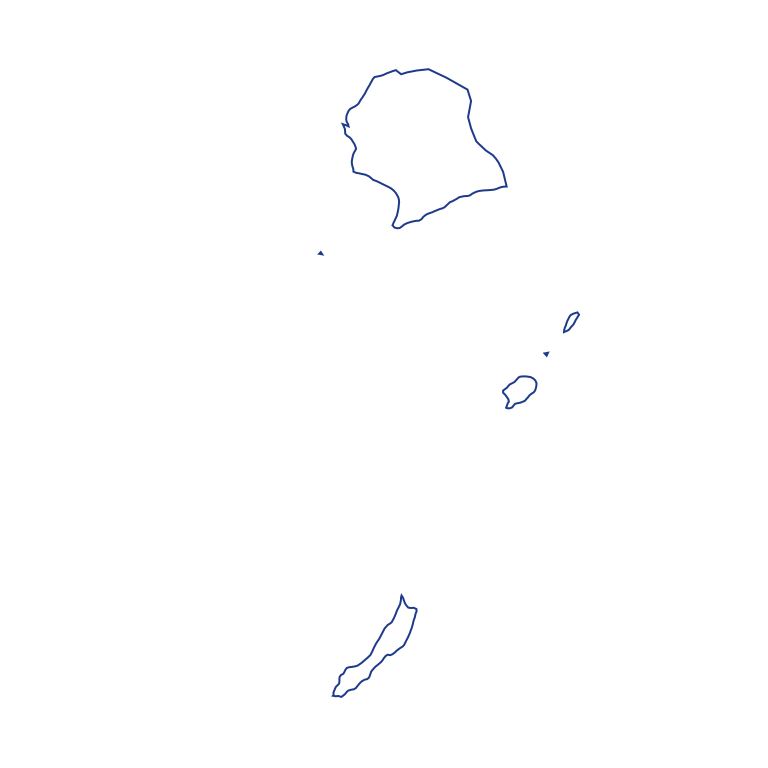 Qalansiyah wa Abd Al Kuri, Hadramawt, Yemen, rotated 295°
{"feature_id": "15242507B10596271459975", "entity_name": "Qalansiyah wa Abd Al Kuri", "entity_type": "district", "adm_level": 2, "iso_a3": "YEM", "parent_name": "Yemen", "parent_adm1": "Hadramawt", "projection": "equal_earth", "projection_center": [53.013, 12.411], "detail": "fine", "context": "isolated", "style": "outline", "palette": "blue", "viewbox_px": 768, "rotation_deg": 295, "n_neighbors": 0, "source": "geoboundaries", "source_scale": "gbopen_adm2", "svg_char_len": 4433}
<svg xmlns="http://www.w3.org/2000/svg" viewBox="0 0 768 768"><g transform="rotate(295 384 384)"><path d="M673.5,262.1L672.9,261.5L671.2,259.6L669.1,257.6L667.5,255.9L665.6,254.3L663.6,252.6L661.8,250.6L660.3,248.6L658.3,245.8L655.9,245.0L653.6,244.9L651.2,244.7L648.6,244.6L646.2,244.3L643.6,244.1L641.1,244.0L640.7,244.0L638.7,243.9L636.6,243.6L634.4,243.3L631.8,242.8L629.7,242.6L629.2,242.6L628.3,242.5L627.0,242.3L624.9,241.3L623.0,240.1L621.0,238.5L619.0,237.1L616.9,236.5L614.8,236.5L612.6,236.5L610.4,236.9L609.2,237.4L608.1,237.8L605.9,239.3L604.3,241.6L602.5,243.0L602.5,239.9L602.3,238.9L602.1,236.8L600.3,238.9L598.6,240.8L596.7,241.9L594.8,242.9L594.5,243.1L594.4,243.2L593.3,245.8L593.0,248.6L592.0,251.1L590.6,253.2L589.1,255.6L587.5,257.4L585.4,259.3L583.1,259.2L581.0,259.0L578.9,259.1L576.3,259.6L574.0,260.2L571.9,260.8L569.8,262.0L567.7,263.6L565.8,265.4L563.6,266.5L563.6,269.6L564.4,272.3L565.0,275.2L565.8,278.5L565.9,282.3L565.2,285.2L564.4,288.0L564.7,290.8L564.7,294.3L564.6,297.9L564.5,301.7L564.5,305.0L564.2,308.1L563.4,311.0L562.3,313.7L560.9,315.8L559.5,317.7L557.8,319.3L555.1,320.9L552.9,321.6L550.6,322.4L548.4,323.1L546.3,323.6L544.0,324.1L541.8,324.6L539.7,324.5L536.8,324.6L534.5,324.5L531.4,324.7L531.4,324.8L530.3,327.1L530.2,327.3L530.7,330.1L532.0,332.3L533.9,333.4L537.2,335.0L539.8,337.2L542.0,339.6L544.0,342.1L545.5,344.2L546.8,346.7L549.2,348.3L552.1,349.0L554.2,350.0L556.1,351.2L558.2,353.2L560.1,355.2L561.9,356.7L563.7,358.4L566.3,360.8L568.0,362.8L569.9,364.2L572.6,365.3L576.8,367.0L578.7,368.9L580.8,370.4L582.7,371.8L584.8,373.0L586.6,375.2L588.1,377.2L589.7,380.3L591.3,382.2L592.4,382.8L593.4,383.3L596.0,385.3L597.7,386.9L599.4,389.0L600.9,391.4L602.2,393.7L603.5,396.2L605.2,399.2L606.6,401.5L608.4,403.6L610.4,405.4L612.2,407.3L613.6,409.4L614.3,410.7L614.8,411.7L626.6,402.3L633.1,394.3L635.4,390.4L637.4,385.9L638.7,377.6L641.7,368.4L643.0,365.0L649.9,357.6L652.6,354.8L661.4,347.4L661.8,347.3L677.3,343.3L686.1,335.3L688.0,311.0L688.0,307.5L688.1,291.3L682.1,281.4L676.4,273.5L672.0,268.6L673.1,263.6L673.5,262.1ZM104.2,469.6L102.0,468.0L99.9,467.6L97.8,468.2L95.7,469.3L93.4,469.9L91.3,469.2L89.3,468.4L87.1,468.4L84.9,468.5L82.8,468.6L80.9,469.8L79.9,469.5L80.6,472.2L81.9,474.4L82.4,477.6L84.4,478.7L86.6,479.8L88.7,480.2L90.9,481.1L92.7,483.0L94.6,485.7L96.5,487.0L98.8,487.5L101.2,488.1L103.5,488.8L105.5,489.7L107.9,491.5L109.5,493.5L111.6,494.5L113.7,494.4L115.8,494.2L117.9,493.9L120.0,494.4L122.4,495.1L124.5,495.8L126.5,496.9L128.7,497.9L130.8,498.8L132.8,499.4L135.2,499.7L138.1,500.4L140.1,501.6L140.9,504.3L142.7,505.9L145.1,507.2L147.4,508.1L149.4,509.1L151.6,510.3L153.9,511.8L155.9,512.5L158.4,512.6L160.5,512.6L162.6,512.7L164.7,512.8L167.1,512.7L169.4,512.7L171.7,512.4L173.9,512.3L176.1,512.0L178.5,511.6L180.7,511.1L182.9,510.7L185.2,510.6L187.3,510.1L189.4,509.7L191.8,509.6L193.8,508.4L193.7,505.4L192.4,503.2L191.6,500.5L192.7,497.9L194.2,495.6L196.1,493.7L198.3,491.6L199.7,489.3L197.6,489.7L195.5,490.6L193.5,491.1L191.5,491.6L189.3,491.7L186.9,491.6L184.8,491.5L182.7,491.6L180.4,491.8L177.9,491.9L175.7,491.9L173.5,491.8L171.2,491.6L169.3,490.6L167.2,489.2L165.1,488.6L162.9,487.9L160.8,487.8L158.3,487.7L156.2,487.6L154.0,487.5L151.9,487.4L149.8,487.2L147.7,486.8L145.2,486.5L142.9,486.4L139.8,486.3L136.8,486.4L134.7,486.3L132.6,486.2L130.5,485.4L128.5,484.6L125.9,483.4L123.7,482.4L121.7,481.5L119.3,480.1L117.4,478.9L115.8,477.0L114.1,474.6L112.6,472.1L110.8,470.2L108.5,469.8L106.4,469.8L104.2,469.6ZM447.7,503.7L445.6,502.8L443.5,502.2L440.9,501.4L438.7,499.7L436.8,498.2L434.8,497.5L432.6,497.0L430.4,495.8L428.4,494.7L426.4,495.7L425.4,498.6L424.1,500.9L422.7,503.2L420.8,504.6L418.7,504.3L416.4,504.6L414.1,504.7L414.1,506.0L415.2,508.3L416.9,510.0L419.1,510.5L421.4,511.1L423.0,513.1L424.6,515.3L426.3,517.0L428.3,518.8L430.9,519.5L433.1,520.2L435.4,520.7L437.7,521.9L439.7,523.2L442.0,523.7L444.8,523.3L446.9,522.8L449.3,521.8L451.2,519.6L452.1,516.9L452.2,514.0L451.5,511.3L450.6,508.8L449.3,506.1L447.7,503.7ZM530.6,529.1L529.0,527.2L527.3,525.5L525.3,524.0L523.0,523.6L520.9,523.6L518.8,523.5L516.3,523.7L513.6,524.1L511.4,524.1L509.1,524.5L507.1,525.2L509.3,527.2L511.3,528.7L513.4,529.1L515.5,529.7L518.0,530.5L520.6,530.7L522.8,530.7L525.9,531.1L529.2,531.5L530.6,529.1ZM481.6,519.4L479.6,516.6L478.4,519.4L481.6,519.4ZM476.8,270.9L474.6,270.2L475.4,273.2L476.8,270.9Z" fill="none" stroke="#1e3a8a" stroke-width="2"/></g></svg>